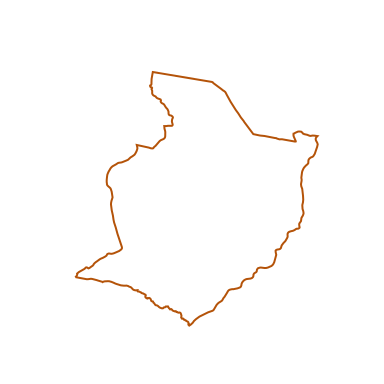 the district of Chemba, Sofala, Mozambique, rotated 72°
{"feature_id": "85939544B96550484342715", "entity_name": "Chemba", "entity_type": "district", "adm_level": 2, "iso_a3": "MOZ", "parent_name": "Mozambique", "parent_adm1": "Sofala", "projection": "albers", "projection_center": [34.641, -17.226], "detail": "fine", "context": "isolated", "style": "outline", "palette": "amber", "viewbox_px": 384, "rotation_deg": 72, "n_neighbors": 0, "source": "geoboundaries", "source_scale": "gbopen_adm2", "svg_char_len": 6017}
<svg xmlns="http://www.w3.org/2000/svg" viewBox="0 0 384 384"><g transform="rotate(72 192 192)"><path d="M318.2,235.9L317.6,233.8L317.1,232.8L316.6,231.7L315.3,230.0L314.2,227.6L312.8,223.4L311.4,213.8L311.3,209.0L310.8,207.8L306.9,203.4L305.8,201.4L305.5,200.5L304.9,198.0L304.5,196.9L302.5,194.7L301.8,193.5L298.5,189.6L297.8,188.9L297.1,188.0L296.8,187.4L296.6,186.3L296.7,184.6L297.0,183.2L297.2,182.8L297.7,178.5L297.6,176.0L297.2,174.9L296.8,174.5L296.0,173.9L294.6,173.2L293.5,172.2L292.7,171.0L292.0,169.6L291.7,168.0L291.7,166.8L292.4,163.2L292.4,162.3L292.3,161.4L292.0,160.8L291.6,160.1L290.9,159.6L289.5,159.0L288.8,158.3L288.5,157.7L288.2,156.4L288.0,155.6L287.5,155.0L285.9,154.2L285.2,153.3L284.9,152.8L284.9,151.0L285.1,149.9L286.8,146.3L287.2,144.8L287.3,143.1L286.9,139.2L286.0,137.3L284.2,135.5L277.8,131.3L275.0,131.0L273.6,130.6L273.1,129.7L273.1,128.5L273.4,126.9L273.3,125.7L272.8,124.8L270.5,123.2L268.8,120.8L267.6,118.5L265.3,115.9L264.3,115.0L263.3,114.6L262.3,114.4L261.3,114.0L260.6,113.4L260.1,112.6L259.9,111.7L259.9,109.9L260.1,108.0L260.0,107.3L259.9,106.2L259.4,104.8L259.3,103.6L259.7,102.5L259.5,101.4L259.3,100.9L258.7,100.5L257.8,100.5L256.4,100.2L255.5,99.9L255.0,99.5L253.9,98.0L253.3,97.3L250.6,96.0L250.0,95.4L248.8,94.0L248.0,93.3L247.0,92.6L246.4,92.4L244.6,92.1L243.2,92.1L242.3,92.1L239.1,91.3L238.3,91.0L236.2,89.7L233.7,88.6L230.0,87.6L223.1,86.2L220.3,86.3L218.2,85.9L215.2,84.3L214.1,83.9L212.2,83.6L207.3,81.3L206.2,80.6L204.1,78.7L203.3,77.7L202.0,75.4L201.3,73.6L200.5,72.5L198.1,71.6L197.2,71.0L196.5,70.0L195.9,68.4L195.8,66.7L195.5,65.7L193.7,63.5L187.7,59.0L185.5,57.7L183.8,57.7L181.3,58.2L180.2,58.1L179.2,57.7L178.4,56.9L177.6,55.4L176.3,58.0L175.6,59.8L175.3,61.9L175.1,62.4L174.2,63.6L173.3,64.6L171.6,67.5L171.3,67.7L170.6,68.5L169.7,68.7L168.4,69.5L167.7,71.0L167.3,72.5L167.6,75.5L168.0,77.0L167.9,77.4L169.1,77.9L170.6,78.1L175.8,77.6L176.0,77.7L175.9,78.4L169.7,90.0L168.9,92.6L167.5,94.6L166.8,95.3L166.2,96.6L161.1,105.8L159.3,109.9L155.9,115.8L141.5,120.7L140.5,120.9L136.2,122.5L131.5,123.7L127.6,125.0L118.2,127.4L110.3,128.9L107.8,129.3L107.1,129.5L105.9,130.3L105.0,131.0L104.9,131.2L103.4,132.1L95.1,138.0L93.9,138.5L93.3,139.4L65.8,192.2L72.0,195.5L73.4,196.0L73.7,196.1L75.3,196.7L76.8,197.2L77.4,197.6L77.7,198.1L77.7,198.8L78.0,199.1L78.8,199.1L79.3,199.0L80.2,197.9L80.7,197.8L81.0,198.0L81.4,198.6L81.7,198.7L82.9,198.6L83.5,198.6L85.9,199.4L86.6,199.4L87.5,199.2L88.2,198.8L88.9,198.2L89.9,197.1L91.1,196.7L92.0,196.1L92.9,195.1L93.5,194.2L94.3,193.3L95.1,193.2L95.5,193.3L96.1,193.8L96.9,193.8L97.7,193.5L98.3,193.1L99.4,192.0L100.2,191.5L102.8,190.9L104.0,190.5L105.5,189.8L106.7,189.6L108.2,189.5L110.4,190.1L111.2,190.1L111.9,189.7L112.3,189.2L112.7,188.4L113.1,188.0L113.9,187.4L114.3,187.2L115.0,187.1L115.4,187.2L116.6,188.3L117.4,188.8L118.2,189.1L119.0,189.4L121.4,189.5L122.1,189.6L122.5,189.9L122.8,190.4L122.8,190.7L121.6,194.5L121.4,196.0L120.7,198.0L123.3,198.6L125.7,198.7L126.8,198.9L130.6,200.2L131.2,200.5L132.0,201.1L132.6,202.1L132.8,202.7L133.1,205.7L133.6,207.1L136.9,212.5L137.4,213.9L138.4,215.4L138.4,216.0L137.8,217.5L136.4,219.4L130.2,230.0L132.5,230.2L133.8,230.5L134.7,231.1L136.4,232.4L136.5,232.6L137.9,234.0L138.8,235.2L139.6,237.6L140.1,239.7L141.6,242.9L141.8,244.9L142.1,249.4L142.0,250.5L141.6,252.5L141.6,253.6L142.2,255.6L143.0,259.7L143.8,261.4L144.7,262.6L145.4,263.4L145.6,263.5L146.8,265.0L147.7,265.7L147.8,265.9L149.4,267.2L151.9,268.4L154.2,269.4L156.3,270.1L157.3,270.2L158.2,270.5L159.4,270.5L160.5,270.0L162.5,268.8L163.4,268.4L164.2,268.3L166.9,268.3L172.5,269.2L173.0,269.5L175.5,271.3L177.3,272.3L178.8,272.9L184.7,274.0L190.0,274.5L194.1,275.2L196.9,275.5L202.3,275.5L208.7,275.8L221.8,275.7L222.9,275.7L224.0,276.1L224.3,276.4L224.8,277.2L225.6,279.5L226.1,284.9L226.1,286.3L225.9,287.7L225.6,288.4L225.0,289.6L224.8,290.0L224.8,290.9L224.8,291.5L225.0,291.9L226.1,293.0L226.6,294.6L227.1,297.3L227.2,299.0L227.5,300.6L228.8,304.5L228.9,305.0L229.6,306.7L230.2,307.7L230.6,308.0L231.4,309.2L231.9,311.0L232.6,313.1L232.6,314.1L232.3,314.2L231.9,314.8L231.2,315.3L231.0,316.0L231.1,316.5L231.6,317.4L231.9,318.0L233.2,324.4L234.1,326.5L234.7,326.5L235.7,327.2L236.5,328.1L236.7,328.6L237.4,328.4L237.7,327.6L238.0,327.2L242.4,319.1L242.8,317.8L243.3,314.9L243.9,313.7L246.4,309.8L247.0,309.0L249.7,305.1L250.1,304.8L249.9,304.4L250.0,302.6L250.9,299.3L251.4,298.1L252.2,297.0L252.4,296.6L254.4,294.2L254.6,294.1L255.7,292.8L256.4,291.9L256.5,291.7L258.8,288.5L260.1,285.6L260.8,283.2L261.6,281.9L262.6,281.0L263.4,279.9L264.1,279.3L265.9,278.5L266.9,277.9L267.5,277.1L268.1,276.1L268.3,275.2L268.5,274.2L268.8,274.4L269.6,274.4L269.9,274.2L270.3,273.1L271.4,272.0L271.6,271.6L272.4,271.3L272.7,271.0L273.1,270.1L273.4,270.0L274.0,269.2L274.8,268.7L275.0,268.3L275.2,268.0L275.6,267.9L276.3,268.0L277.0,268.7L277.4,268.8L277.9,268.7L278.5,268.4L279.5,267.5L279.6,267.2L279.2,266.7L279.5,266.2L279.5,265.5L279.9,265.0L280.8,264.5L281.4,264.4L282.3,264.4L283.2,264.3L283.5,264.0L284.0,263.0L284.4,262.9L285.3,262.9L285.5,262.8L286.1,262.3L286.5,262.2L287.6,262.0L288.5,261.4L289.0,260.4L290.0,259.5L291.2,258.9L292.2,258.1L293.4,256.5L293.6,255.6L293.6,255.4L293.1,254.7L293.1,254.3L293.3,253.5L293.3,253.3L292.8,252.5L292.9,252.2L292.9,251.8L293.2,251.5L293.3,251.1L293.3,250.3L293.5,250.1L294.1,250.2L294.9,249.9L295.5,249.8L295.9,249.4L296.4,249.3L296.9,249.1L296.9,248.1L297.0,247.8L297.7,247.4L298.5,247.2L299.4,246.4L299.6,246.0L300.2,245.3L300.3,244.3L300.5,244.1L301.2,244.0L301.3,243.9L301.2,243.7L301.5,243.2L302.5,242.4L302.6,242.1L302.7,241.2L303.3,240.4L304.1,240.2L306.2,240.2L306.5,240.3L307.6,240.8L307.8,241.0L308.1,241.1L308.7,240.7L309.3,240.7L309.5,240.6L309.5,240.4L309.5,240.0L309.7,239.5L309.9,239.3L310.9,239.1L311.2,238.9L311.3,238.4L311.5,238.2L312.0,238.0L312.3,237.8L312.4,237.4L313.2,237.0L314.0,236.1L314.6,235.8L315.1,235.8L315.4,235.9L316.1,235.7L316.4,236.2L316.9,236.4L317.2,236.4L318.2,235.9Z" fill="none" stroke="#b45309" stroke-width="2"/></g></svg>